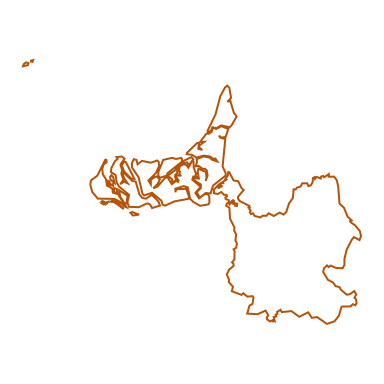 outline of Santa Rosa, El Oro, Ecuador
{"feature_id": "8360857B25401291560682", "entity_name": "Santa Rosa", "entity_type": "district", "adm_level": 2, "iso_a3": "ECU", "parent_name": "Ecuador", "parent_adm1": "El Oro", "projection": "natural_earth1", "projection_center": [-80.02, -3.392], "detail": "fine", "context": "isolated", "style": "outline", "palette": "amber", "viewbox_px": 384, "rotation_deg": 0, "n_neighbors": 0, "source": "geoboundaries", "source_scale": "gbopen_adm2", "svg_char_len": 6115}
<svg xmlns="http://www.w3.org/2000/svg" viewBox="0 0 384 384"><path d="M270.2,321.5L272.7,320.1L273.2,322.2L273.6,320.5L274.7,321.1L273.7,317.0L276.2,316.5L275.6,314.7L277.4,313.9L277.1,311.9L280.5,309.8L281.7,312.1L291.5,311.1L299.2,316.8L308.2,312.3L311.8,317.8L317.1,317.1L326.9,323.9L334.5,321.3L338.9,315.8L341.6,306.6L350.5,306.4L352.8,304.2L355.3,305.3L356.6,303.0L355.9,299.1L354.4,297.7L356.3,294.6L354.2,291.0L350.0,294.2L346.7,294.7L340.7,289.5L339.5,287.1L335.5,286.1L333.2,282.6L327.9,279.8L323.1,271.9L324.1,268.2L327.0,265.4L328.7,267.1L330.7,265.6L336.0,267.9L342.5,268.3L344.4,265.1L344.5,258.5L346.7,249.6L351.8,239.7L353.9,237.1L359.5,240.1L361.0,236.2L359.9,231.2L355.3,225.5L350.6,222.2L350.1,221.0L351.7,220.4L347.6,216.7L344.0,207.8L339.5,203.6L338.2,186.6L336.8,180.2L334.2,176.7L328.7,176.7L328.8,174.1L324.1,177.3L323.1,175.9L321.2,176.5L320.8,178.5L316.7,176.9L315.1,178.7L314.7,176.3L314.1,178.5L312.9,178.2L312.6,182.2L310.9,185.2L308.5,186.2L307.2,183.3L302.2,183.3L300.6,186.5L296.7,187.8L295.7,189.5L293.6,189.3L292.9,197.9L289.0,203.5L286.3,211.9L283.5,214.6L279.7,212.6L273.8,216.0L268.7,213.3L266.5,215.8L262.7,215.7L260.4,217.4L254.7,216.0L252.9,213.2L250.9,214.1L249.8,212.2L250.7,210.7L249.4,209.2L249.8,207.8L248.5,207.5L249.4,206.0L239.5,200.9L237.9,198.4L238.2,196.5L243.7,190.0L241.5,188.0L238.2,181.3L233.5,180.4L229.3,172.2L228.2,172.1L227.8,175.5L225.2,179.2L226.2,179.7L221.9,182.5L222.9,182.6L223.1,183.1L220.9,183.2L220.3,186.4L221.3,185.9L221.4,186.0L221.3,186.3L221.6,186.1L221.8,186.2L221.8,186.5L220.2,186.6L220.7,183.4L218.5,185.0L218.9,186.7L218.4,188.8L218.2,185.2L213.9,189.5L213.9,193.2L217.8,194.0L221.2,192.0L224.2,194.9L226.4,194.8L227.0,196.3L225.4,197.5L225.6,198.9L228.8,200.2L229.5,203.9L231.9,200.9L233.4,200.2L234.1,201.0L233.2,202.9L237.2,203.6L236.9,205.9L235.3,205.9L234.6,204.1L232.8,203.7L232.4,201.1L229.6,204.4L228.5,202.4L226.9,203.6L226.1,205.7L229.4,207.7L230.0,218.6L234.5,227.6L234.1,230.6L236.2,234.5L235.4,240.5L236.9,243.5L236.2,247.8L233.6,249.3L234.6,251.5L234.4,259.4L232.0,262.4L233.4,263.5L233.6,265.9L229.2,269.5L226.8,274.6L229.0,279.7L228.8,282.1L233.0,286.8L231.8,291.2L241.5,294.9L243.2,293.2L247.3,296.6L252.6,296.2L253.5,297.6L252.5,303.9L249.5,305.6L247.2,313.6L257.6,314.2L265.6,310.6L268.3,315.3L266.8,317.2L267.0,319.3L270.2,321.5ZM137.6,164.3L136.5,159.9L133.8,159.2L131.9,163.1L132.0,167.5L138.6,177.3L142.4,193.5L144.0,195.5L152.0,192.8L161.5,200.8L162.6,204.7L165.0,205.7L174.4,201.4L188.5,198.8L189.1,197.0L186.2,188.8L177.4,189.2L175.8,190.1L175.5,192.3L175.3,188.7L183.6,186.1L187.7,187.3L190.1,198.8L193.3,201.9L200.0,205.8L208.3,204.4L209.4,202.7L209.3,196.7L207.8,194.0L204.7,194.2L199.1,198.4L195.4,192.9L200.6,186.7L192.3,179.7L193.2,176.7L197.5,178.2L197.9,177.1L195.1,175.8L196.1,174.0L193.7,167.5L193.5,161.5L191.9,161.3L188.4,167.7L186.6,165.1L183.8,164.2L179.8,166.3L178.6,171.1L180.0,171.7L179.3,174.5L181.3,175.7L176.3,175.5L175.9,176.6L178.6,180.5L178.0,181.8L175.9,181.0L171.8,184.2L167.3,176.9L164.9,178.1L157.6,186.5L153.3,188.3L157.8,183.8L159.8,179.5L156.7,176.4L155.0,176.9L150.9,179.7L150.8,184.4L148.4,180.5L155.9,173.1L159.1,166.1L158.7,161.7L157.0,160.5L150.9,162.7L142.0,160.9L137.6,164.3ZM228.3,129.0L221.3,126.2L216.2,129.0L212.9,127.6L211.5,132.0L208.8,133.8L206.5,133.5L200.2,141.9L204.3,141.8L199.1,145.7L199.5,147.9L202.4,149.9L198.4,148.9L199.0,142.7L196.9,143.2L187.0,152.8L186.7,154.2L191.9,154.8L196.6,157.6L203.6,155.6L209.7,156.4L213.3,158.9L215.4,158.5L217.3,161.5L211.7,159.6L210.0,157.6L203.5,156.5L196.6,159.1L197.0,162.0L195.7,166.3L198.7,166.0L203.0,169.0L205.0,168.8L206.7,170.3L207.6,175.6L205.5,181.0L206.6,177.9L205.9,172.1L198.5,168.7L197.7,172.1L198.9,178.6L193.1,178.0L192.6,179.1L200.9,184.5L200.8,188.1L196.8,192.2L199.2,196.6L201.0,196.7L205.7,193.0L210.5,193.5L213.1,185.5L225.6,175.6L225.7,173.2L222.6,166.5L225.3,139.0L220.1,137.6L219.1,135.6L221.5,137.6L225.7,136.9L228.3,129.0ZM121.8,156.5L116.4,157.1L117.6,159.0L115.2,160.9L111.4,168.0L110.9,172.1L115.5,174.9L116.8,182.9L119.2,186.6L129.1,194.9L127.4,202.5L128.9,206.8L138.8,207.2L147.2,203.4L149.8,204.2L152.1,208.0L160.0,205.6L158.4,201.4L151.8,194.8L145.9,198.7L142.3,198.0L139.4,194.4L135.7,181.6L132.3,180.9L123.0,171.9L122.3,173.0L124.3,178.5L127.7,183.4L124.0,181.6L120.3,184.2L123.4,179.6L121.3,173.8L122.1,170.3L120.5,164.4L124.5,158.6L121.8,156.5ZM227.4,101.8L231.1,97.8L229.3,87.8L227.3,85.6L225.0,87.5L220.3,96.2L215.5,114.4L207.5,130.9L208.1,132.1L211.1,130.7L212.3,127.2L216.3,128.2L221.2,125.4L229.6,127.3L231.8,125.0L236.6,116.5L233.8,112.6L230.3,100.8L227.4,101.8ZM126.6,207.4L117.8,194.1L112.9,192.7L112.3,188.5L107.0,185.6L105.9,179.2L102.8,174.2L102.3,168.9L103.5,164.6L106.7,162.2L106.3,159.8L105.3,159.7L97.4,175.6L90.9,180.5L90.3,184.8L92.3,192.1L97.8,198.6L114.5,198.9L120.3,201.9L124.1,206.4L126.6,207.4ZM175.9,159.0L172.2,157.8L163.2,159.9L158.3,172.1L158.4,175.9L160.1,177.7L167.1,175.5L167.3,173.4L181.5,162.0L174.8,170.5L167.7,175.6L172.0,179.2L172.3,182.8L175.2,180.5L177.0,180.6L175.1,177.2L175.2,175.0L177.2,173.2L177.3,168.5L181.8,163.0L182.0,159.2L181.4,157.9L175.9,159.0ZM134.4,178.9L125.8,162.0L124.6,161.6L121.6,165.0L124.3,171.7L131.2,178.6L134.4,178.9ZM126.4,203.5L127.6,195.8L119.2,190.2L120.1,196.4L124.4,203.1L126.4,203.5ZM193.3,159.3L191.4,157.1L183.0,161.2L184.0,163.3L187.0,162.3L189.0,164.9L193.3,159.3ZM119.1,202.6L112.2,200.5L110.6,201.8L115.5,202.2L115.4,204.1L115.8,203.2L123.7,209.1L117.3,202.2L120.0,204.1L119.1,202.6ZM114.6,183.1L113.1,177.0L111.4,175.1L110.1,176.8L110.5,179.6L114.6,183.1ZM132.9,215.5L139.1,214.6L132.1,212.0L130.4,212.8L132.9,215.5ZM23.0,66.3L27.8,65.2L28.4,63.0L26.0,62.4L23.8,64.1L23.0,66.3ZM117.4,192.4L116.7,188.9L114.2,188.3L113.8,192.3L117.4,192.4ZM110.4,185.1L109.3,181.4L107.4,180.7L108.6,184.5L110.4,185.1ZM105.0,202.2L102.4,201.0L101.5,201.8L105.0,202.2ZM32.5,61.9L33.2,60.1L31.0,60.7L31.0,61.5L32.5,61.9ZM103.6,204.4L105.8,202.7L102.3,203.6L103.6,204.4ZM105.9,204.1L107.1,203.2L107.8,201.9L106.0,202.6L105.9,204.1ZM112.7,184.0L111.7,184.4L113.1,185.8L112.7,184.0Z" fill="none" stroke="#b45309" stroke-width="2"/></svg>